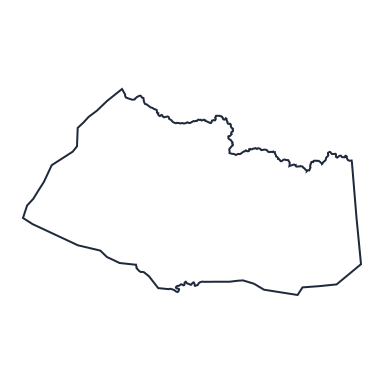 Teshig, Bulgan, Mongolia (Mercator projection)
{"feature_id": "93677404B98816227720270", "entity_name": "Teshig", "entity_type": "district", "adm_level": 2, "iso_a3": "MNG", "parent_name": "Mongolia", "parent_adm1": "Bulgan", "projection": "mercator", "projection_center": [103.202, 50.045], "detail": "fine", "context": "isolated", "style": "outline", "palette": "slate", "viewbox_px": 384, "rotation_deg": 0, "n_neighbors": 0, "source": "geoboundaries", "source_scale": "gbopen_adm2", "svg_char_len": 5984}
<svg xmlns="http://www.w3.org/2000/svg" viewBox="0 0 384 384"><path d="M33.2,198.9L27.1,205.5L23.0,218.0L32.7,224.2L77.9,245.3L100.3,250.6L106.9,257.0L119.6,263.0L135.3,264.7L135.9,264.7L135.9,264.8L136.1,265.2L136.1,265.3L136.1,265.8L136.2,266.1L136.5,266.6L136.5,266.8L136.7,267.3L136.5,267.7L136.5,268.1L136.9,268.5L137.1,268.7L137.2,268.9L137.3,269.0L137.8,269.4L138.2,269.8L138.5,270.4L139.7,271.3L140.2,271.7L140.5,271.9L141.2,272.0L142.4,271.9L143.9,272.2L149.0,276.3L158.2,288.1L169.0,289.2L169.4,288.9L169.7,288.9L170.7,288.9L171.0,288.9L171.4,289.1L171.9,289.2L172.2,289.3L172.9,289.6L173.6,289.8L174.3,290.1L174.8,290.5L175.6,291.2L177.0,291.9L177.2,292.0L177.8,291.9L178.0,291.8L178.2,291.6L178.5,291.1L178.9,290.1L179.1,289.5L179.1,289.2L178.3,288.7L177.1,288.5L176.3,288.1L176.0,287.8L175.9,287.5L176.0,287.2L176.1,286.9L177.4,285.9L177.7,285.8L177.9,285.8L178.5,285.9L178.9,285.8L179.1,285.7L181.1,284.3L181.4,284.3L181.5,284.3L182.2,284.7L183.1,285.1L183.4,285.3L183.7,285.3L184.1,285.2L184.3,285.0L184.4,284.8L184.5,284.5L184.4,283.6L184.5,283.3L184.5,283.0L184.6,282.7L184.9,282.3L185.8,281.7L185.9,281.8L186.0,281.9L186.5,282.8L186.7,283.2L187.1,283.4L187.3,283.5L188.0,283.6L188.8,283.9L190.3,284.7L190.6,284.8L190.9,284.8L191.3,284.6L191.7,283.9L192.4,283.2L193.1,282.6L193.4,282.4L193.8,282.4L194.0,282.6L194.3,283.3L194.6,284.4L194.7,285.6L194.8,285.8L195.0,285.9L195.5,285.8L196.1,285.5L197.4,285.1L197.6,285.0L197.9,284.8L198.0,284.6L198.3,283.9L198.5,283.6L198.7,283.3L199.3,282.7L200.4,282.1L200.9,282.1L201.7,281.7L202.5,281.6L203.4,281.8L229.7,281.7L238.2,280.7L243.0,280.4L253.9,283.7L264.0,289.7L297.6,295.0L302.5,287.4L319.8,286.1L336.6,284.4L361.0,264.2L358.2,235.2L356.6,219.0L352.0,163.3L352.0,162.9L351.6,160.5L350.1,160.7L349.0,160.6L348.0,160.1L347.5,159.2L347.1,158.8L346.8,157.8L346.8,156.6L346.0,155.8L345.6,155.7L344.8,156.6L344.8,157.2L344.3,157.3L342.0,157.1L341.7,156.9L341.5,156.4L341.0,155.8L340.5,155.6L339.3,155.9L337.3,157.6L336.9,157.5L335.9,156.7L336.0,154.4L335.5,153.8L332.1,154.1L330.8,152.8L330.4,152.2L330.1,152.0L329.9,151.9L329.6,151.9L329.2,152.2L328.1,152.7L328.0,153.3L328.0,154.1L328.2,155.0L328.3,155.3L327.8,155.9L327.6,156.5L326.6,157.2L326.2,157.6L325.9,158.9L325.8,159.9L325.1,160.6L324.6,160.9L324.4,161.3L322.8,162.6L322.4,163.8L322.0,164.1L321.9,163.6L319.4,161.3L318.2,160.7L317.2,161.0L315.7,160.6L314.8,160.8L313.7,160.8L313.5,161.0L313.3,161.9L313.1,162.1L312.8,162.1L311.9,161.9L311.5,162.0L311.1,162.7L311.0,163.6L310.4,164.5L310.4,165.2L310.1,166.4L310.5,167.5L310.4,167.9L310.0,168.3L309.3,170.4L307.7,170.3L306.7,171.3L306.7,170.7L306.4,170.2L305.5,169.7L304.4,168.3L303.5,167.9L302.9,167.0L302.3,166.4L301.2,166.4L300.4,166.1L299.0,166.5L298.0,166.4L297.0,166.6L296.5,166.6L295.8,166.2L295.5,165.7L295.6,165.0L295.2,165.1L294.5,164.7L294.0,164.5L292.7,165.0L290.8,165.5L289.4,166.1L289.6,165.1L289.7,162.6L288.4,160.5L288.3,160.2L287.4,160.2L286.8,159.9L286.2,160.0L285.8,160.0L285.0,159.6L284.3,159.5L283.3,159.9L281.7,161.1L280.7,161.2L278.8,158.8L278.0,158.9L277.8,157.5L277.4,157.2L276.0,156.3L276.0,155.5L275.5,154.4L274.8,153.2L274.9,152.3L274.4,152.4L274.0,152.2L273.6,151.9L273.3,151.5L273.0,151.6L272.3,152.1L271.6,151.9L270.9,151.8L269.9,152.1L269.3,152.1L268.8,151.8L268.2,151.8L267.5,151.1L267.0,150.2L266.0,149.8L264.9,149.6L263.5,149.7L262.8,150.0L261.9,150.0L261.3,150.1L261.1,149.8L260.8,149.4L260.1,148.8L259.6,148.6L258.4,148.3L258.1,148.2L257.3,148.8L256.7,148.9L255.8,148.2L255.5,148.1L254.5,148.6L253.9,148.5L252.9,148.7L252.0,149.3L251.5,149.3L250.9,149.3L250.3,148.9L249.1,149.3L249.3,150.5L249.1,150.8L248.6,151.2L247.0,151.2L245.9,150.4L245.5,150.6L244.7,151.4L244.0,151.4L243.6,151.6L240.3,154.0L239.6,154.0L239.3,154.1L238.3,153.9L236.7,154.5L235.8,155.0L235.3,154.7L234.7,154.3L233.5,153.9L232.3,153.9L229.5,153.1L229.6,150.8L229.2,150.0L229.6,148.5L230.2,148.2L230.7,147.3L232.1,145.8L232.8,145.4L232.9,144.7L232.8,144.2L232.2,143.8L232.2,143.4L232.6,142.4L231.8,141.7L231.3,140.7L230.6,139.9L228.9,139.0L228.4,138.1L228.3,136.4L228.5,136.2L229.8,136.1L231.6,134.2L231.2,133.9L231.1,133.5L231.4,132.5L231.4,132.2L232.6,131.5L233.0,131.0L233.0,130.4L232.7,130.0L232.6,129.6L232.7,129.2L232.9,128.7L231.4,127.6L231.1,127.2L230.8,126.1L230.8,124.5L229.9,123.7L228.9,123.9L228.2,123.9L227.5,122.8L227.5,122.2L227.3,122.2L227.2,121.8L226.8,120.4L226.4,119.6L226.6,119.0L226.4,118.8L225.9,118.6L225.7,118.3L224.7,119.6L223.7,119.5L223.0,118.9L222.9,118.7L222.9,118.0L222.4,117.6L222.2,117.3L222.1,116.8L221.0,116.2L220.6,116.3L219.8,115.8L219.3,115.8L216.0,115.8L215.7,116.3L215.8,116.6L215.7,116.9L215.1,117.8L215.7,118.5L215.7,119.2L215.3,119.8L215.2,120.2L214.5,120.4L213.6,120.1L213.2,120.2L212.6,120.5L212.0,120.6L211.8,121.3L211.6,121.5L211.5,122.4L211.0,122.7L210.9,123.0L210.4,123.1L207.7,121.8L205.5,120.9L205.4,120.3L204.6,120.3L204.2,119.9L203.8,119.7L203.6,119.7L203.0,120.1L201.6,120.5L200.7,119.7L199.9,120.0L198.7,119.7L198.1,119.7L197.1,120.8L196.7,121.0L196.2,120.8L194.4,121.3L193.4,121.1L190.3,122.9L189.2,123.1L187.5,122.3L186.9,122.5L186.2,123.0L184.1,123.5L183.7,123.5L182.4,123.0L180.4,123.4L179.9,123.4L179.5,123.1L178.1,123.0L177.1,122.8L176.0,123.2L175.4,123.1L173.2,122.2L172.8,121.9L171.2,120.1L169.2,118.9L168.6,116.9L168.2,116.7L167.5,116.5L165.7,116.9L165.5,117.0L164.4,117.1L163.9,117.3L163.2,116.8L162.4,115.9L162.3,115.4L161.9,115.0L161.5,114.9L159.9,116.1L158.9,115.5L158.3,114.9L158.1,114.3L158.3,113.2L157.2,112.9L156.9,112.4L157.1,111.8L156.6,109.9L154.1,109.0L152.4,107.9L150.5,107.3L146.5,104.3L145.3,104.1L144.9,103.8L144.7,103.4L143.9,101.4L143.7,99.9L143.4,97.9L142.1,97.7L140.9,96.0L140.4,95.7L139.9,95.7L139.4,95.8L136.8,97.1L135.6,98.3L135.1,98.6L134.8,99.3L134.5,99.5L132.7,99.7L131.8,99.5L131.5,99.5L126.0,97.6L125.3,96.3L125.1,95.9L125.1,94.5L122.0,89.0L106.9,101.1L96.9,110.7L88.6,116.9L83.5,122.5L77.7,127.9L77.0,146.3L72.8,151.6L51.7,165.2L43.9,181.9L38.4,190.5L33.2,198.9Z" fill="none" stroke="#1e293b" stroke-width="2"/></svg>